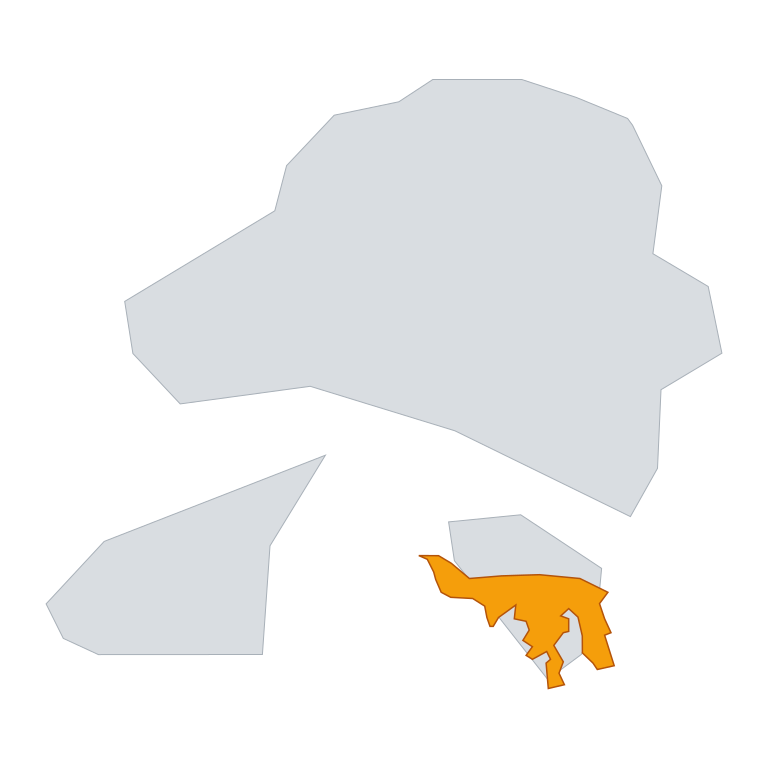 where Southern sits in Hong Kong S.A.R.
{"feature_id": "HKG-5156", "entity_name": "Southern", "entity_type": "state/province", "adm_level": 1, "iso_a3": "HKG", "parent_name": "Hong Kong S.A.R.", "parent_adm1": "", "projection": "natural_earth1", "projection_center": [114.195, 22.231], "detail": "fine", "context": "in_parent", "style": "filled", "palette": "amber", "viewbox_px": 768, "rotation_deg": 0, "n_neighbors": 0, "source": "natural_earth", "source_scale": "10m", "svg_char_len": 1294}
<svg xmlns="http://www.w3.org/2000/svg" viewBox="0 0 768 768"><path d="M286.6,165.6L290.5,161.5L334.2,115.2L398.8,101.8L432.8,79.5L521.7,79.5L576.2,97.4L627.6,118.5L632.6,125.3L661.8,185.8L652.9,253.7L708.2,286.5L721.9,353.2L661.0,389.7L657.5,468.3L630.4,516.6L454.9,430.8L310.2,386.3L180.2,403.9L132.9,353.5L124.7,301.4L274.8,210.8L286.6,165.6ZM262.4,654.5L98.4,654.6L63.3,638.4L46.1,603.9L104.2,541.4L325.4,455.2L270.0,545.8L262.4,654.5ZM581.4,654.4L547.7,679.4L454.4,560.7L448.6,521.9L520.7,514.8L601.6,568.4L597.1,617.1L581.4,654.4Z" fill="#d9dde1" stroke="#a8b0b8" stroke-width="1"/><path d="M607.9,592.3L599.5,603.6L604.6,618.8L611.0,632.7L604.6,635.2L614.2,665.7L597.3,669.5L593.0,663.1L582.4,652.9L582.3,635.9L578.0,617.1L568.7,608.6L560.7,615.9L568.7,618.8L568.7,631.4L563.3,632.7L553.8,645.4L563.3,661.8L559.0,673.2L564.4,684.7L548.3,688.5L546.1,663.1L550.5,659.3L546.7,651.5L532.4,659.3L526.1,655.4L532.4,646.7L522.9,640.4L529.2,630.1L526.1,621.3L514.3,618.8L515.8,605.0L498.5,617.5L493.2,626.4L490.0,626.4L486.9,617.5L484.7,606.1L472.7,598.5L450.7,597.3L441.2,592.3L435.7,579.5L433.7,572.0L427.3,559.3L418.8,555.6L438.6,555.7L451.3,563.3L469.4,578.5L486.7,577.1L501.3,575.9L522.6,575.2L539.5,574.7L579.9,578.5L607.9,592.3Z" fill="#f59e0b" stroke="#b45309" stroke-width="1.5"/></svg>